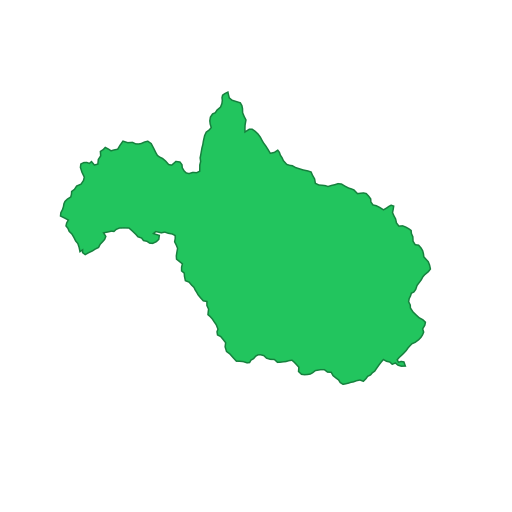 outline of Baependi, Minas Gerais, Brazil, rotated 325°
{"feature_id": "56859067B1799797383135", "entity_name": "Baependi", "entity_type": "district", "adm_level": 2, "iso_a3": "BRA", "parent_name": "Brazil", "parent_adm1": "Minas Gerais", "projection": "orthographic", "projection_center": [-44.832, -22.017], "detail": "fine", "context": "isolated", "style": "filled", "palette": "green", "viewbox_px": 512, "rotation_deg": 325, "n_neighbors": 0, "source": "geoboundaries", "source_scale": "gbopen_adm2", "svg_char_len": 4577}
<svg xmlns="http://www.w3.org/2000/svg" viewBox="0 0 512 512"><g transform="rotate(325 256 256)"><path d="M327.0,105.6L323.5,105.1L320.9,105.1L319.0,106.8L317.6,109.3L315.5,111.6L312.3,113.7L307.8,114.1L304.8,115.3L301.9,114.7L298.3,116.1L295.7,118.8L294.2,121.6L293.0,125.1L290.2,125.9L286.3,126.0L283.0,127.9L278.9,131.6L276.3,134.3L273.9,136.3L271.1,139.1L268.5,141.7L266.5,143.6L264.9,146.8L262.2,149.2L260.4,151.7L258.5,154.3L255.1,153.7L252.2,151.3L248.4,150.1L246.5,148.0L245.9,145.1L246.2,141.4L247.7,138.8L247.6,135.4L244.6,132.6L242.1,132.9L239.0,133.2L236.9,131.0L236.4,126.4L235.4,122.5L233.8,119.7L232.9,117.1L233.2,113.8L233.9,109.4L234.6,103.8L233.2,99.9L230.0,98.7L226.4,98.0L223.9,96.8L221.7,95.1L220.0,92.1L215.9,89.6L212.9,85.6L208.4,87.2L203.9,89.2L200.5,87.7L197.6,86.7L196.5,83.9L194.8,80.6L191.9,81.2L188.5,81.1L186.2,84.9L182.2,86.5L179.2,90.0L175.8,88.8L175.4,84.3L172.6,84.6L171.0,82.3L168.5,80.7L165.3,80.2L163.0,82.7L161.5,87.5L160.6,92.9L158.0,95.2L153.9,96.8L149.2,95.8L145.5,97.3L142.0,97.4L140.3,99.5L138.1,101.4L134.2,101.2L130.9,101.7L128.7,103.0L126.6,105.1L124.1,107.0L121.0,108.6L118.8,111.1L121.2,115.5L122.9,118.9L119.8,120.4L117.6,122.4L117.8,125.5L117.1,128.7L117.8,132.4L117.5,136.3L116.9,140.2L117.2,143.6L116.0,147.6L114.3,151.5L117.5,151.5L115.9,153.8L116.9,156.9L120.8,157.3L124.9,158.0L128.3,158.1L131.9,158.7L135.1,157.0L138.7,156.3L141.5,155.6L144.2,153.8L144.4,149.6L148.8,151.5L151.8,152.7L153.7,154.4L156.7,154.0L160.1,154.7L163.9,157.2L168.0,160.2L169.1,164.8L170.0,169.4L170.3,172.5L172.6,175.7L172.7,178.8L175.1,181.4L176.3,184.5L178.6,186.4L182.6,187.1L185.9,186.6L188.6,183.7L186.8,181.4L184.9,178.8L187.9,178.5L189.8,180.5L191.7,182.7L195.0,184.1L197.2,187.1L200.0,189.9L201.5,192.9L199.9,195.3L197.5,197.7L197.0,201.2L196.2,204.7L193.1,207.8L190.8,210.2L189.1,213.0L190.2,216.8L191.2,220.2L188.6,222.5L186.5,225.5L187.4,228.9L185.8,231.5L184.0,235.7L186.2,239.0L186.6,243.1L187.2,246.2L186.7,249.0L186.6,251.8L186.3,254.6L186.6,258.6L187.1,262.5L189.7,265.1L187.4,268.4L186.7,272.3L184.7,274.5L183.0,276.5L183.7,279.2L184.1,282.4L184.0,286.2L184.0,289.5L182.9,294.1L180.6,295.7L179.2,298.6L180.9,301.7L181.2,305.7L181.4,309.6L178.6,312.7L177.1,317.3L178.4,321.2L179.0,326.5L179.6,330.9L182.2,332.8L185.0,335.2L187.4,338.4L189.6,339.6L192.2,338.4L195.1,338.7L198.2,337.9L200.9,338.1L203.1,339.5L205.3,342.1L206.0,345.7L208.4,348.8L211.7,351.3L212.6,355.4L215.1,357.0L217.5,358.2L219.9,359.6L222.9,360.6L225.7,362.0L226.4,365.0L226.8,367.7L227.3,371.7L224.6,375.0L225.4,379.0L227.7,381.1L230.2,382.6L232.7,383.8L235.3,384.1L238.9,383.9L243.6,386.1L246.8,388.3L248.0,392.1L250.9,394.4L250.5,398.2L251.6,402.0L252.6,404.9L252.4,408.0L253.7,411.0L256.1,412.1L258.9,413.2L261.3,413.9L263.6,415.0L266.8,415.8L270.0,417.2L272.1,420.2L275.6,419.6L278.5,418.6L281.6,419.1L284.3,418.4L287.2,418.4L290.3,417.2L294.8,415.6L298.0,414.6L301.0,413.9L302.5,417.1L304.8,419.6L305.5,422.8L308.8,423.6L309.7,426.9L311.8,429.6L315.2,431.8L316.4,427.6L314.4,425.6L311.8,424.8L312.1,422.0L315.2,421.2L318.4,420.8L321.0,420.4L324.8,419.6L327.8,418.5L330.3,417.9L333.4,417.3L336.8,418.0L341.2,417.9L344.6,417.2L347.2,416.1L349.7,414.5L350.7,411.3L354.6,409.5L356.8,407.4L356.1,403.9L354.2,400.1L353.3,396.0L352.5,391.7L352.7,387.1L354.2,384.7L354.8,381.0L357.1,378.7L359.7,377.3L361.9,375.6L364.7,376.0L367.6,375.0L371.0,372.5L374.6,371.3L377.7,370.3L380.6,368.8L383.3,368.1L388.2,367.7L391.4,366.7L393.0,362.9L393.8,359.5L393.4,356.4L393.0,352.9L394.3,350.5L395.5,347.4L395.8,344.2L395.4,340.4L392.9,338.1L393.1,334.0L395.5,330.2L396.2,326.7L397.7,324.1L396.8,321.4L395.3,318.3L393.4,315.4L390.2,313.5L390.0,309.5L391.6,305.7L392.0,302.3L392.7,298.8L395.3,296.3L397.4,294.1L395.8,291.9L393.3,291.6L390.4,291.6L386.9,291.3L385.2,287.2L383.3,283.7L381.1,281.3L381.1,277.6L382.7,275.0L382.6,271.5L382.1,268.1L380.2,266.0L377.3,264.4L374.9,263.1L374.1,258.0L372.5,255.6L370.8,253.4L368.9,249.8L367.3,246.1L364.7,243.8L361.4,242.8L358.3,241.5L354.8,240.4L353.1,238.1L351.1,236.3L348.2,233.9L346.3,230.5L348.2,226.5L348.6,222.1L349.3,218.8L347.3,216.1L344.0,212.6L341.6,209.5L339.1,206.2L337.5,202.8L335.6,201.1L333.7,198.6L333.1,193.6L333.7,190.5L333.8,187.3L334.6,184.5L334.5,181.8L330.5,181.7L326.6,180.1L326.9,175.7L327.1,171.6L327.0,167.6L327.3,164.2L327.7,161.1L327.6,157.2L326.8,153.3L325.6,150.0L323.2,148.3L318.1,148.1L319.7,145.7L322.1,142.5L325.8,138.8L326.3,135.0L327.2,131.0L329.5,127.5L330.7,124.7L331.0,121.5L328.6,118.4L325.7,114.6L324.8,111.2L325.9,108.2L327.0,105.6Z" fill="#22c55e" stroke="#15803d" stroke-width="1.5"/></g></svg>